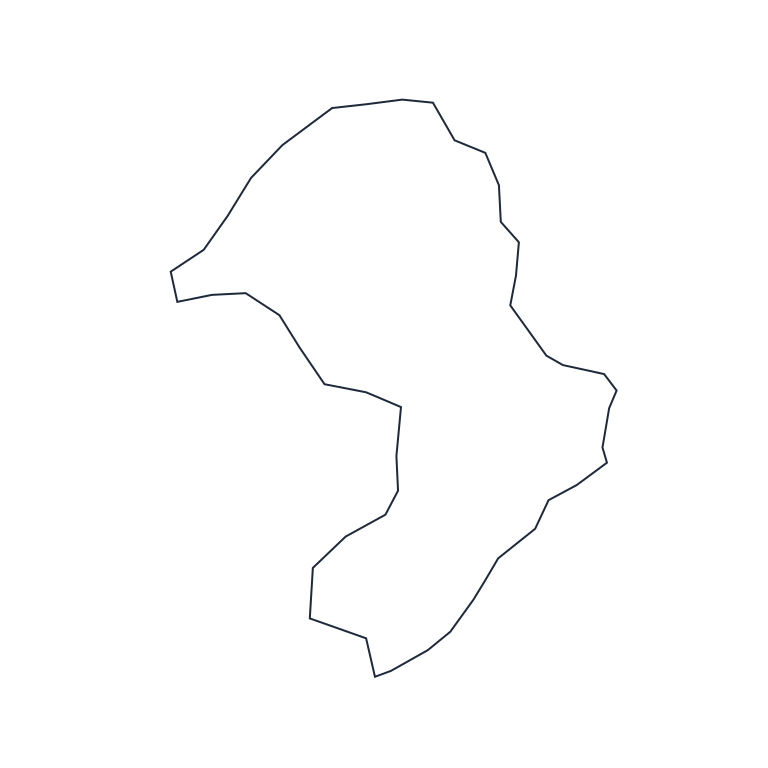 Kouka, Limassol, Cyprus, rotated 106°
{"feature_id": "46923920B99652705680289", "entity_name": "Kouka", "entity_type": "district", "adm_level": 2, "iso_a3": "CYP", "parent_name": "Cyprus", "parent_adm1": "Limassol", "projection": "mercator", "projection_center": [32.894, 34.853], "detail": "fine", "context": "isolated", "style": "outline", "palette": "slate", "viewbox_px": 768, "rotation_deg": 106, "n_neighbors": 0, "source": "geoboundaries", "source_scale": "gbopen_adm2", "svg_char_len": 790}
<svg xmlns="http://www.w3.org/2000/svg" viewBox="0 0 768 768"><g transform="rotate(106 384 384)"><path d="M326.2,158.6L313.8,175.1L316.5,217.3L312.0,235.7L273.6,284.3L243.5,287.0L210.6,293.4L196.0,316.4L161.3,328.3L133.9,350.3L130.3,383.3L100.1,414.5L105.6,444.8L120.2,478.7L133.0,509.9L141.1,516.1L182.3,547.5L222.5,568.6L265.4,580.6L304.7,594.3L334.8,620.0L362.0,605.3L345.8,574.1L334.8,542.0L346.7,503.5L347.5,502.6L372.3,475.1L400.6,441.1L396.9,398.9L401.5,361.3L449.9,352.2L482.7,341.1L509.2,346.6L541.2,378.8L580.4,401.7L629.8,390.7L633.4,331.1L667.9,312.0L657.9,298.3L627.7,268.5L603.9,252.0L566.7,238.6L544.9,232.6L520.1,226.2L481.5,198.8L450.3,193.8L428.0,170.9L398.2,148.0L384.8,156.5L381.0,156.9L345.2,160.9L326.2,158.6Z" fill="none" stroke="#1e293b" stroke-width="2"/></g></svg>